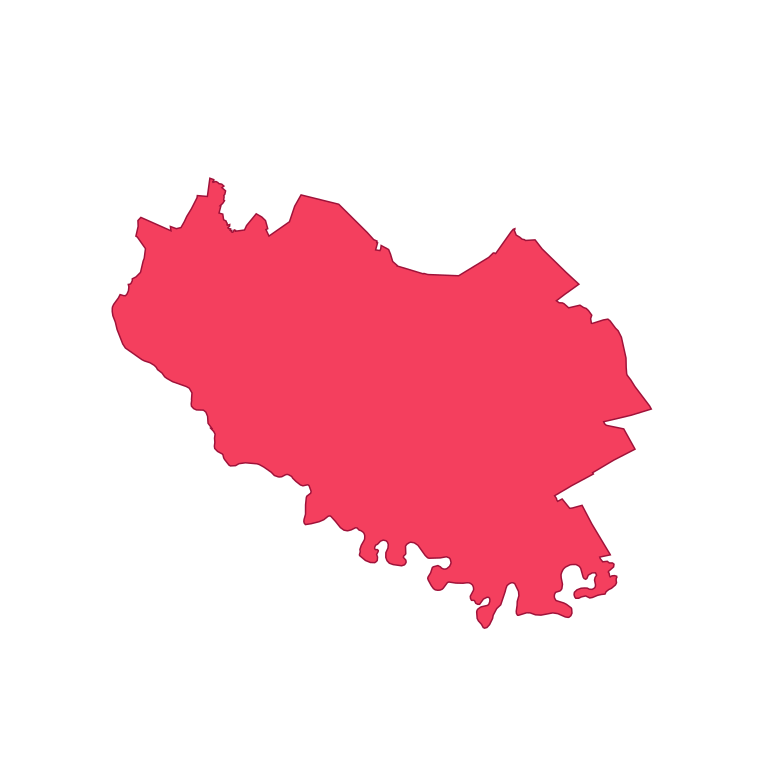 Puchenii Mari, Prahova, Romania, rotated 21°
{"feature_id": "2599482B6135961809734", "entity_name": "Puchenii Mari", "entity_type": "district", "adm_level": 2, "iso_a3": "ROU", "parent_name": "Romania", "parent_adm1": "Prahova", "projection": "orthographic", "projection_center": [26.095, 44.824], "detail": "fine", "context": "isolated", "style": "filled", "palette": "rose", "viewbox_px": 768, "rotation_deg": 21, "n_neighbors": 0, "source": "geoboundaries", "source_scale": "gbopen_adm2", "svg_char_len": 6166}
<svg xmlns="http://www.w3.org/2000/svg" viewBox="0 0 768 768"><g transform="rotate(21 384 384)"><path d="M565.4,575.9L567.4,574.4L568.8,570.8L569.4,564.0L568.8,560.8L569.7,553.3L572.1,548.3L571.5,534.3L571.1,531.3L571.1,528.0L572.7,525.3L574.3,523.8L575.8,523.3L577.6,523.5L583.9,529.4L585.8,533.3L586.3,539.2L587.6,543.0L588.9,548.8L589.9,550.8L591.5,552.0L592.5,551.7L599.1,546.5L602.4,545.3L608.1,545.2L613.4,543.5L623.6,537.2L628.6,536.1L636.7,536.5L639.6,535.9L640.4,535.3L641.5,533.3L641.6,530.6L639.8,526.7L638.9,525.9L633.3,524.3L630.4,524.0L622.2,524.5L619.9,522.7L619.0,521.0L618.6,519.3L618.8,517.3L619.4,516.5L622.4,514.2L623.0,513.1L623.4,511.4L622.4,507.0L618.8,501.3L617.6,498.6L617.4,496.0L617.6,493.7L617.9,492.2L619.0,489.9L622.5,486.1L624.4,485.1L627.9,483.7L630.5,484.0L631.8,484.3L633.7,485.6L639.1,492.9L640.5,493.9L642.3,494.0L643.1,492.8L643.2,489.2L646.1,485.7L649.1,484.5L651.0,486.3L650.4,488.9L650.8,491.6L653.3,495.4L653.9,497.2L653.7,498.9L652.0,501.1L649.3,502.0L647.0,501.7L644.3,502.6L641.1,504.1L637.9,507.0L636.4,510.2L636.8,512.2L637.5,513.4L638.6,514.6L639.8,515.3L642.6,514.2L644.5,512.1L648.2,509.6L652.8,510.0L655.1,508.6L659.2,504.7L662.5,502.5L665.6,500.9L665.8,498.3L667.5,495.4L669.6,493.2L672.1,488.6L672.3,486.2L670.9,483.7L670.5,482.1L670.7,481.1L670.1,480.1L667.8,480.3L665.6,481.4L664.3,483.0L663.4,482.3L661.9,479.9L660.8,479.2L660.8,478.4L663.9,472.5L663.3,469.8L661.5,469.2L658.4,470.3L656.0,469.5L651.9,471.6L648.4,469.5L647.4,468.3L656.5,462.4L656.2,462.1L628.2,440.2L612.4,426.3L604.1,432.4L601.9,433.5L591.5,427.5L588.2,431.3L586.9,430.4L586.0,429.0L583.3,427.2L595.6,411.7L611.7,393.0L610.5,392.1L625.8,372.7L641.7,354.9L623.9,340.0L606.4,342.9L604.2,342.1L602.6,340.5L625.9,324.6L642.5,311.6L639.8,309.3L619.2,296.5L613.0,291.8L607.8,288.6L606.8,287.3L604.1,281.6L600.6,273.0L588.9,255.3L583.5,250.4L580.1,248.9L572.5,244.1L569.8,243.2L565.8,245.6L556.9,252.7L555.9,253.0L553.5,249.0L553.3,245.3L548.6,242.2L545.7,241.0L542.9,241.1L538.7,240.2L529.1,246.7L523.2,244.5L521.4,244.4L518.4,245.4L515.1,244.5L520.7,235.4L530.2,221.0L513.4,214.3L483.1,201.2L473.4,195.3L464.6,199.3L463.4,198.9L461.1,199.3L458.1,198.3L454.0,197.6L450.1,193.2L450.7,192.7L450.5,192.1L449.2,193.3L448.1,196.4L441.5,222.2L439.8,222.2L439.0,222.6L436.4,228.3L414.9,256.2L385.7,266.1L381.6,266.5L381.1,267.1L354.0,269.1L354.0,268.7L348.2,266.5L343.5,260.4L340.1,256.8L331.7,255.7L332.5,258.9L332.4,260.9L328.1,261.8L327.4,254.5L326.5,254.6L326.3,253.1L322.6,252.9L314.1,248.6L277.3,232.4L238.8,237.2L236.9,250.0L237.6,266.4L223.6,287.1L218.4,282.1L219.8,280.7L214.8,273.9L210.1,271.9L203.7,270.9L198.9,285.3L198.6,290.2L190.6,294.6L190.4,293.8L189.0,293.8L188.5,296.4L187.9,296.8L186.7,296.3L186.8,295.2L185.3,295.6L185.2,294.2L183.2,294.6L182.5,294.3L182.3,294.0L183.3,292.0L182.8,290.4L180.8,291.9L180.4,291.5L180.0,290.2L178.6,289.2L178.3,288.5L175.4,288.1L172.6,283.2L168.7,283.5L167.9,276.3L167.1,276.4L168.7,273.2L169.4,270.0L168.3,269.6L167.7,266.7L166.9,265.5L167.4,263.9L166.9,260.5L162.3,258.8L163.6,256.6L160.9,255.6L158.0,256.1L156.6,255.4L154.5,255.2L152.1,257.0L151.6,256.5L152.2,255.1L151.9,254.2L147.7,254.3L151.9,272.2L142.2,275.0L142.7,277.1L141.4,289.5L139.8,298.2L139.4,304.1L138.4,310.7L134.5,313.4L128.1,313.5L130.2,317.3L97.3,315.6L95.7,319.6L98.0,325.0L99.4,334.9L101.0,335.2L112.8,343.1L115.1,352.6L115.1,355.6L116.6,366.4L116.6,367.2L114.1,372.9L111.3,376.0L112.0,377.8L111.7,380.9L111.0,381.9L109.6,382.7L111.0,384.7L112.0,388.6L111.8,392.2L111.0,394.2L109.4,394.8L105.6,395.1L105.2,398.8L103.1,406.5L102.9,409.3L103.2,410.7L104.3,413.7L106.4,417.4L111.0,422.5L115.3,428.8L125.8,440.3L129.7,443.1L149.2,448.0L152.1,448.3L157.9,448.0L162.8,448.9L165.5,450.1L167.4,451.7L172.8,453.3L176.7,455.9L179.3,456.6L185.8,457.6L200.3,457.2L203.7,457.7L207.9,461.1L209.9,467.6L210.3,468.2L211.1,471.6L212.2,473.7L215.1,475.2L218.2,475.4L224.8,473.1L227.8,474.1L230.9,477.4L233.8,483.7L239.2,487.1L238.2,487.5L242.1,489.4L244.3,491.4L245.2,495.3L247.0,499.1L247.9,502.8L249.1,504.9L252.8,506.6L258.2,507.3L259.0,507.8L260.8,510.4L262.2,511.6L268.4,515.3L270.0,515.5L274.7,513.4L277.1,510.4L282.9,507.2L294.1,504.0L296.5,503.9L301.5,504.6L310.4,506.8L314.4,508.7L318.5,508.6L319.9,508.2L321.8,507.2L324.7,503.9L326.0,503.1L327.4,502.9L330.9,503.4L332.6,504.7L336.7,506.5L342.2,508.2L344.8,508.1L348.9,505.4L350.4,505.7L354.4,510.3L354.7,512.2L352.1,516.5L352.2,518.0L354.1,525.0L357.4,533.7L357.9,539.1L358.4,541.0L359.3,542.4L361.0,543.4L366.1,540.5L372.8,535.8L376.4,532.3L379.3,527.4L380.8,526.5L381.9,526.6L387.8,529.6L394.8,533.7L399.0,534.8L402.3,534.2L403.5,533.5L405.7,531.9L408.9,528.4L410.4,528.0L413.1,529.3L415.3,529.2L417.8,529.9L419.1,530.8L420.4,532.5L421.4,535.4L421.5,536.7L420.6,542.7L420.8,547.0L422.0,549.3L422.2,552.0L422.7,552.9L429.9,555.4L435.3,555.5L439.4,554.1L440.6,552.3L440.9,551.0L440.0,547.9L438.2,545.8L438.6,542.5L438.3,541.4L436.8,541.0L435.9,541.6L435.0,541.6L434.2,540.9L433.8,539.5L434.0,537.4L435.4,535.9L437.0,532.0L439.2,530.0L442.1,529.6L443.9,530.4L445.5,532.3L446.5,535.8L446.2,540.8L447.8,545.2L448.9,546.5L450.2,547.9L453.2,549.4L457.3,549.3L465.6,547.4L467.9,545.5L468.4,544.0L468.5,542.4L467.5,540.6L464.2,538.9L464.0,537.6L465.1,535.3L465.1,534.5L462.2,527.7L462.7,525.5L464.4,523.1L465.6,522.1L469.2,521.4L473.5,522.4L483.9,529.3L487.0,530.6L488.5,530.5L498.8,526.2L504.2,522.9L507.4,523.0L508.6,523.8L510.5,526.5L510.8,527.8L510.6,530.7L508.8,533.9L507.4,534.9L505.9,535.4L503.8,535.3L502.2,534.5L499.4,534.2L495.5,537.0L494.9,538.1L495.2,543.6L494.3,548.5L494.5,549.8L495.5,551.1L500.3,555.2L503.5,557.3L505.6,557.8L508.1,557.3L510.2,556.3L511.8,554.8L512.5,553.4L514.4,546.6L515.6,545.6L522.4,544.1L529.1,541.7L532.7,539.8L534.8,539.1L536.4,539.2L538.6,539.9L540.2,541.5L541.3,543.6L541.4,544.9L540.6,551.2L541.6,553.2L543.2,554.6L545.5,553.8L546.2,553.9L548.2,555.8L550.4,556.1L552.2,555.4L553.9,549.1L556.7,546.1L558.2,545.7L559.2,546.1L560.1,547.3L560.7,549.1L560.8,551.8L560.1,553.5L554.6,557.2L553.7,558.3L552.2,560.7L552.0,562.0L552.2,563.6L555.0,569.5L557.0,571.3L561.1,573.4L563.9,575.8L565.4,575.9Z" fill="#f43f5e" stroke="#9f1239" stroke-width="1.5"/></g></svg>